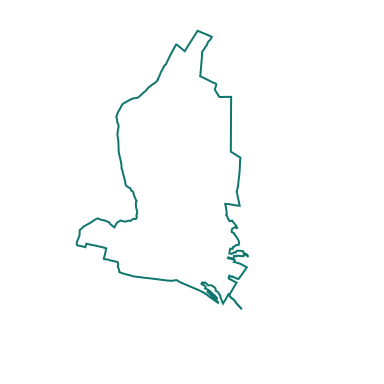 outline of Roscani, Iasi, Romania, rotated 47°
{"feature_id": "2599482B5254069249986", "entity_name": "Roscani", "entity_type": "district", "adm_level": 2, "iso_a3": "ROU", "parent_name": "Romania", "parent_adm1": "Iasi", "projection": "equal_earth", "projection_center": [27.437, 47.451], "detail": "fine", "context": "isolated", "style": "outline", "palette": "teal", "viewbox_px": 384, "rotation_deg": 47, "n_neighbors": 0, "source": "geoboundaries", "source_scale": "gbopen_adm2", "svg_char_len": 6022}
<svg xmlns="http://www.w3.org/2000/svg" viewBox="0 0 384 384"><g transform="rotate(47 192 192)"><path d="M80.8,123.9L80.8,126.3L82.3,130.2L82.8,132.0L83.7,134.3L84.6,136.0L86.3,140.3L86.6,140.2L86.9,141.3L87.0,142.4L86.9,145.0L86.4,147.4L86.2,149.6L86.0,151.6L86.0,153.8L86.5,157.7L86.2,159.5L86.3,163.7L86.2,166.1L85.9,167.6L85.7,168.1L83.7,170.8L83.3,171.6L82.7,173.0L81.3,178.3L80.4,182.6L80.4,183.1L80.6,183.8L80.9,184.9L81.3,185.7L83.3,192.1L83.4,192.3L84.2,193.6L85.2,195.8L85.6,196.2L88.2,197.5L89.2,198.5L89.9,199.0L91.9,199.7L93.2,200.3L94.0,201.0L95.0,202.2L96.3,204.2L97.4,205.2L97.9,206.1L99.8,207.9L101.8,209.3L104.3,211.0L112.3,217.9L113.2,218.6L117.3,221.0L121.0,223.1L123.0,224.4L123.7,224.8L126.6,227.3L129.9,228.9L131.5,229.9L132.6,230.4L134.9,231.7L136.3,232.4L138.2,233.4L140.2,234.8L141.7,235.7L142.1,235.8L142.7,235.8L145.3,235.3L145.9,235.1L146.6,234.7L146.9,234.6L147.2,234.6L148.1,234.8L148.4,234.9L148.9,235.3L149.6,235.4L150.0,235.3L151.1,234.9L151.4,234.9L152.5,235.3L153.7,236.1L155.6,237.0L157.7,237.7L159.3,238.3L159.8,238.5L160.9,238.6L161.0,239.2L161.1,239.6L161.5,240.2L161.9,240.7L163.4,242.0L164.0,242.6L165.7,243.7L166.9,244.3L169.1,245.7L170.0,246.4L170.8,247.8L171.2,248.6L171.6,249.0L172.1,249.1L172.6,249.3L173.4,250.8L173.5,251.4L173.2,251.8L171.8,252.9L171.7,253.1L171.3,255.3L171.3,256.0L171.3,256.4L171.1,256.8L170.6,257.2L169.8,257.8L169.6,258.0L168.6,260.3L168.2,260.9L167.0,261.9L164.5,263.4L164.1,263.8L164.0,264.2L163.8,265.3L163.3,267.1L163.3,267.5L163.9,269.9L164.8,272.5L164.9,272.9L164.7,272.9L161.0,273.5L159.8,273.6L158.8,273.6L157.8,273.3L155.8,274.1L153.9,275.0L152.8,275.6L150.5,277.3L148.8,278.2L147.3,278.8L147.0,279.1L146.8,279.3L146.1,281.9L145.8,283.3L145.5,285.8L145.2,287.2L145.2,287.5L144.8,288.9L143.3,295.0L143.5,297.2L143.3,299.4L143.3,300.1L146.5,303.3L147.2,304.1L147.9,305.7L148.3,306.4L148.8,307.5L149.1,308.3L150.4,310.7L150.9,311.3L151.4,311.8L151.9,312.1L152.8,312.3L156.5,309.6L159.6,307.7L157.8,304.6L161.9,301.7L162.8,301.1L165.7,298.9L169.1,296.7L170.9,295.4L173.1,294.1L174.7,293.2L177.7,297.3L179.2,299.7L179.8,300.8L180.6,302.0L180.9,302.1L181.1,302.0L183.5,300.0L184.9,299.1L185.9,298.7L187.4,297.7L191.1,295.1L192.5,294.2L194.0,294.9L194.5,295.2L194.9,295.8L195.5,296.8L196.0,297.0L196.6,297.4L198.7,298.2L200.3,299.1L201.2,299.8L202.3,299.1L204.6,298.0L206.1,297.0L208.9,295.4L210.0,294.6L211.4,293.7L213.6,292.5L224.5,283.4L225.9,282.1L227.0,281.2L228.3,280.1L241.1,269.4L244.1,266.2L245.1,264.3L246.3,263.2L250.0,262.2L268.6,253.9L272.9,252.3L274.7,251.8L276.3,251.4L282.0,250.4L290.7,248.6L290.4,248.0L290.1,247.9L288.3,248.2L285.7,248.4L282.5,248.3L280.2,248.5L277.4,248.5L275.9,248.9L275.5,248.1L275.3,247.6L276.3,247.3L277.2,247.2L285.1,246.8L287.1,246.8L287.0,246.4L286.7,246.1L284.2,246.0L276.2,246.6L275.4,246.7L273.6,247.3L271.5,248.2L271.2,247.2L271.0,246.8L270.8,246.7L269.5,246.7L268.5,246.9L266.0,247.8L265.6,247.8L265.1,246.3L266.8,245.9L266.4,245.1L266.7,244.5L267.3,244.1L267.7,244.0L270.5,243.9L271.0,243.8L271.5,243.6L271.9,243.3L272.3,242.5L272.6,242.2L273.5,241.5L276.3,240.7L277.7,240.6L278.4,240.5L280.4,241.9L280.5,242.0L280.8,241.9L282.4,241.4L283.6,241.3L284.0,241.4L284.7,241.8L286.5,241.9L287.3,242.0L288.3,243.0L288.8,243.2L294.7,245.4L293.5,240.7L291.8,235.8L291.7,235.1L295.0,235.7L296.3,235.6L297.9,235.2L300.6,234.9L302.9,235.5L310.7,235.6L310.6,235.3L308.0,235.4L305.4,235.3L303.4,235.4L300.6,234.8L298.1,235.0L295.8,235.4L295.0,235.4L292.7,235.0L291.2,229.6L290.2,226.6L288.7,221.2L284.8,222.6L280.2,224.2L279.9,223.9L279.5,223.0L279.6,222.7L279.5,222.4L279.4,222.3L278.8,222.3L278.7,221.8L278.7,221.6L281.5,220.7L281.4,220.0L285.5,218.4L287.0,217.9L287.1,217.6L286.9,217.4L286.9,217.2L287.3,217.0L286.0,209.9L284.4,203.2L277.9,205.5L276.9,205.9L271.7,209.0L271.6,208.0L271.3,207.5L270.9,207.2L270.6,207.1L267.8,208.9L265.7,210.4L264.9,210.8L264.5,210.1L269.1,207.1L267.4,204.9L267.5,204.7L268.1,204.3L269.3,203.5L269.4,203.4L269.2,202.8L269.2,202.6L269.3,202.4L270.9,201.1L274.1,198.2L272.8,196.6L273.3,196.2L274.2,195.8L276.3,195.2L277.1,195.1L277.0,194.8L275.8,194.5L275.0,194.5L272.8,195.3L271.1,195.6L270.8,195.5L270.4,195.1L270.2,195.0L268.9,196.0L268.0,196.7L266.1,198.6L265.9,198.9L265.6,199.8L265.6,200.1L265.6,200.4L266.0,201.2L266.1,201.4L266.0,201.6L264.8,202.5L264.5,204.7L264.2,205.3L263.0,206.2L262.3,206.6L261.5,205.4L260.6,204.4L259.5,202.6L259.6,202.4L260.6,201.8L261.3,201.2L261.2,201.0L261.1,200.6L260.8,200.1L260.2,199.3L260.7,198.7L260.9,197.8L260.7,196.6L260.8,196.1L261.1,195.7L262.4,194.4L262.5,194.2L262.5,193.8L262.3,193.5L261.5,192.6L260.9,192.0L260.3,191.6L259.3,191.0L258.9,190.9L257.8,190.7L257.0,190.5L256.6,190.3L255.2,190.3L254.9,190.3L253.9,189.8L253.6,189.8L252.7,190.0L252.0,190.0L251.8,190.0L251.0,189.3L250.8,189.3L248.5,190.3L247.4,189.5L247.2,189.3L247.0,188.8L246.5,188.0L246.3,187.7L246.9,184.9L247.7,184.4L248.0,184.3L248.6,184.3L249.0,183.4L247.9,183.1L247.2,182.7L241.3,182.4L240.9,182.3L240.5,182.1L240.1,182.5L239.4,184.0L239.1,184.2L238.1,184.4L237.9,184.4L237.7,184.1L237.3,184.1L236.8,183.9L236.6,183.8L236.0,183.9L235.1,183.4L233.6,182.8L232.8,182.6L232.0,182.7L231.6,181.6L230.9,180.8L226.0,177.4L223.4,175.8L224.9,174.2L232.7,168.2L234.6,166.6L232.8,165.4L228.9,163.1L224.5,160.4L222.8,159.5L222.1,159.1L221.9,158.7L221.3,157.4L219.9,155.7L219.1,154.4L211.6,145.7L210.2,144.0L205.6,139.2L202.2,135.8L199.9,133.1L199.2,133.4L189.0,136.1L149.1,98.5L148.0,99.8L145.1,102.8L141.7,106.7L141.4,107.0L141.2,107.1L140.9,107.1L139.8,107.0L137.3,106.4L132.9,105.6L131.8,104.1L130.3,101.2L129.6,100.7L128.7,100.8L126.5,101.9L118.7,104.8L115.9,105.9L113.0,107.0L112.8,107.0L111.9,105.8L107.2,100.6L100.5,93.2L96.6,89.1L96.4,88.8L96.2,88.2L95.9,86.2L95.1,83.3L94.9,82.7L94.8,81.7L94.7,80.9L94.2,79.8L93.6,78.8L93.3,78.0L93.2,77.5L93.1,75.4L92.9,74.3L92.3,72.3L91.9,71.7L78.0,77.9L78.3,79.4L83.8,100.5L84.1,101.3L75.3,102.4L73.7,102.8L73.3,103.1L75.5,109.7L75.6,110.2L76.1,111.6L78.4,117.9L80.8,123.9Z" fill="none" stroke="#0f766e" stroke-width="2"/></g></svg>